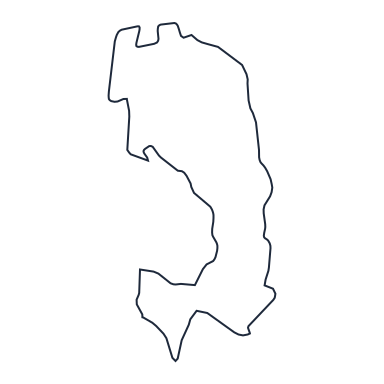 the Republic of Ingush
{"feature_id": "RUS-2303", "entity_name": "Ingush", "entity_type": "Republic", "adm_level": 1, "iso_a3": "RUS", "parent_name": "Russia", "parent_adm1": "", "projection": "orthographic", "projection_center": [44.85, 43.115], "detail": "fine", "context": "isolated", "style": "outline", "palette": "slate", "viewbox_px": 384, "rotation_deg": 0, "n_neighbors": 0, "source": "natural_earth", "source_scale": "10m", "svg_char_len": 2214}
<svg xmlns="http://www.w3.org/2000/svg" viewBox="0 0 384 384"><path d="M243.0,335.4L238.5,334.5L234.2,332.3L207.3,313.0L196.6,310.8L190.3,319.3L188.8,324.7L181.7,340.2L177.7,358.6L175.5,361.0L172.4,357.8L166.4,338.2L163.5,333.7L156.2,326.0L152.4,322.8L143.3,317.5L142.4,317.3L142.4,317.2L142.3,314.4L136.8,304.4L136.6,299.7L138.7,294.8L139.2,292.9L140.0,269.5L153.6,271.6L158.4,273.6L170.6,283.3L173.4,284.3L175.6,284.5L180.9,283.9L194.9,285.1L202.9,269.1L206.6,264.4L213.2,261.0L214.5,259.2L215.5,257.1L217.1,250.8L217.4,248.1L217.4,245.7L217.0,244.0L216.4,242.4L213.1,236.7L212.4,235.2L212.1,232.5L212.2,228.9L213.3,221.8L213.5,218.0L213.5,215.0L213.2,213.2L212.7,211.5L212.1,209.9L211.5,208.7L210.3,206.7L194.0,192.9L191.3,187.0L190.6,183.5L186.6,175.9L184.2,172.7L181.9,171.2L177.8,170.7L160.9,157.5L158.9,155.5L152.7,146.8L150.9,146.0L149.2,146.1L145.2,148.8L144.1,149.8L143.5,151.1L143.8,152.6L144.5,153.8L147.2,157.6L148.0,160.6L130.7,154.3L129.1,152.5L127.3,149.9L129.3,116.6L129.1,110.8L126.8,99.0L126.8,98.9L123.4,99.0L117.6,101.5L114.6,101.8L111.2,101.1L109.7,100.1L108.9,99.0L108.7,97.4L108.6,95.5L108.9,91.3L114.8,41.4L116.0,37.2L116.8,34.9L118.4,32.0L120.0,30.6L121.7,29.7L137.6,26.3L138.9,26.3L139.6,27.4L139.6,29.1L139.3,31.0L136.5,42.5L136.2,44.4L136.3,45.9L137.3,46.7L138.9,46.9L154.2,43.8L157.0,42.5L158.1,40.8L158.5,38.9L157.7,31.0L157.8,28.9L158.2,26.4L159.4,25.2L160.7,24.6L174.4,23.0L175.9,23.5L177.0,24.6L177.8,25.9L178.9,29.2L179.9,32.6L181.0,35.9L183.6,37.7L191.5,35.0L197.4,40.1L201.8,42.4L208.1,44.2L218.0,46.9L242.1,65.0L246.5,74.2L247.7,79.4L247.5,83.5L248.6,100.5L250.4,108.4L252.9,113.1L256.0,122.4L259.0,150.0L259.1,157.3L259.6,159.9L260.4,162.0L261.3,163.2L263.5,165.5L265.2,167.8L267.2,171.3L270.6,179.2L271.7,184.1L272.3,187.6L271.6,192.2L270.1,196.3L264.5,205.3L263.6,209.4L263.7,213.3L265.2,224.2L265.3,227.0L265.1,228.8L264.2,232.9L263.8,235.8L264.2,237.4L265.2,238.4L266.6,239.2L268.1,240.5L269.7,243.3L270.4,245.8L270.5,248.2L268.9,267.6L268.4,270.8L265.6,279.6L264.6,285.4L273.0,288.7L275.4,293.7L275.1,295.8L274.7,297.8L273.3,299.9L248.5,326.1L248.0,327.7L248.2,328.4L249.7,332.6L249.9,333.5L247.7,334.5L243.0,335.4Z" fill="none" stroke="#1e293b" stroke-width="2"/></svg>